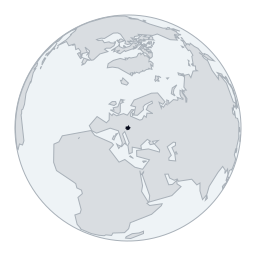 Oberösterreich on an orthographic globe, rotated 29°
{"feature_id": "AUT-2326", "entity_name": "Oberösterreich", "entity_type": "State", "adm_level": 1, "iso_a3": "AUT", "parent_name": "Austria", "parent_adm1": "", "projection": "orthographic", "projection_center": [13.938, 48.12], "detail": "fine", "context": "on_globe", "style": "filled", "palette": "ink", "viewbox_px": 256, "rotation_deg": 29, "n_neighbors": 0, "source": "natural_earth", "source_scale": "10m", "svg_char_len": 10631}
<svg xmlns="http://www.w3.org/2000/svg" viewBox="0 0 256 256"><g transform="rotate(29 128 128)"><circle cx="128" cy="128" r="113" fill="#eef3f6" stroke="#a8b0b8"/><path d="M42.8,54.3L53.3,43.8L47.6,49.1L51.0,45.8L57.0,40.7L61.9,36.9L70.9,31.6L78.4,30.0L75.2,31.5L77.4,31.2L81.4,29.4L83.6,28.3L96.5,26.6L110.2,23.7L113.7,21.8L113.6,23.2L119.6,19.2L126.5,18.1L119.2,20.0L118.9,20.8L123.8,20.3L124.5,21.0L127.3,21.3L127.7,22.3L123.4,23.6L123.6,24.4L127.1,24.0L129.7,25.0L124.5,25.4L128.5,27.2L122.1,30.3L108.0,31.6L104.9,35.0L91.6,41.1L93.3,41.7L89.3,44.8L89.8,46.7L87.2,47.5L89.8,48.4L92.0,47.3L94.0,47.4L94.4,48.5L91.2,49.7L90.5,49.3L89.8,50.2L88.0,50.4L89.2,50.9L85.2,52.3L89.8,52.7L87.2,55.2L84.4,55.7L83.8,53.4L76.0,49.6L72.9,49.8L69.2,52.1L64.0,61.1L61.0,62.4L57.6,65.9L59.6,66.0L63.0,63.5L65.9,64.9L69.7,61.8L71.4,62.0L75.7,60.0L75.9,62.8L73.8,66.8L70.3,68.7L69.3,70.5L73.4,70.9L67.5,76.9L64.8,85.1L63.2,86.5L58.8,85.0L57.0,79.2L51.2,78.1L55.8,81.5L51.7,85.3L51.4,87.2L52.1,88.7L54.0,88.3L52.8,90.3L47.8,87.5L48.8,85.6L50.4,86.5L49.5,83.9L46.1,82.4L44.3,84.7L41.1,80.8L39.7,82.4L38.3,82.7L40.6,80.2L36.4,84.7L32.3,82.2L26.4,90.3L31.3,80.8L32.4,77.0L33.3,73.3L32.3,74.5L34.8,68.5L34.8,66.4L31.3,70.5L27.7,76.8L25.2,82.7L26.1,81.8L25.2,85.5L22.4,89.5L20.2,97.8L18.5,102.4L17.4,107.4L17.1,110.4L16.6,115.6L17.5,115.2L18.3,118.0L17.1,122.4L18.5,120.9L18.3,125.5L20.7,134.2L20.2,134.5L22.0,147.2L26.0,157.5L26.9,162.6L26.2,163.6L28.0,167.0L28.1,168.3L37.1,181.1L43.2,189.7L44.0,194.0L40.8,194.6L42.5,200.8L39.1,197.2L34.4,190.6L30.1,183.7L26.4,176.6L23.2,169.2L20.5,161.6L18.3,153.8L16.8,145.8L15.8,137.8L15.4,129.8L15.5,121.7L15.6,121.4L16.6,114.1L16.9,111.3L16.6,111.6L18.6,101.3L20.6,94.5L24.8,82.8L28.5,75.2L32.7,67.9L37.5,60.9L42.8,54.3ZM24.7,92.4L22.4,104.5L22.1,100.1L22.5,100.4L23.4,96.7L24.6,91.3L24.7,87.9L24.7,92.4ZM27.3,92.1L27.6,90.3L27.5,91.7L27.3,92.1ZM84.4,27.8L81.5,29.3L77.5,30.7L79.9,29.4L84.4,27.8ZM92.0,25.7L90.8,26.5L88.5,26.4L89.9,26.0L92.0,25.7ZM116.0,20.4L113.5,20.9L115.7,20.2L116.0,20.4ZM127.6,21.1L128.1,20.8L129.4,21.1L127.6,21.1ZM75.3,58.6L75.5,59.3L74.6,59.3L75.3,58.6ZM77.0,57.2L75.8,56.7L76.4,56.0L77.1,56.3L77.0,57.2ZM131.1,23.0L132.9,23.7L130.3,23.2L131.1,23.0ZM78.3,58.0L77.6,54.7L78.8,53.4L82.4,53.6L78.3,58.0ZM133.5,24.2L138.0,26.1L139.5,25.4L137.7,28.6L134.5,25.8L131.1,25.3L133.3,25.0L133.5,24.2ZM92.6,46.5L90.2,47.7L91.7,45.7L92.6,46.5ZM93.1,45.3L95.2,39.4L99.0,38.4L97.5,40.5L102.1,38.5L102.9,40.8L100.6,42.4L98.0,42.6L100.3,43.4L93.1,45.3ZM136.1,30.2L136.5,30.9L135.2,30.4L136.1,30.2ZM94.8,47.3L94.9,46.2L98.2,45.1L98.7,47.3L97.4,46.9L94.8,47.3ZM102.9,36.9L105.4,36.6L106.8,38.4L107.9,38.5L103.3,40.8L102.9,36.9ZM96.9,47.7L98.8,48.4L97.7,50.0L95.0,48.4L96.9,47.7ZM98.9,44.0L100.5,43.7L99.7,44.5L98.9,44.0ZM94.7,56.1L94.8,54.6L96.5,53.9L94.7,56.1ZM99.6,48.6L99.9,48.1L100.6,47.7L101.6,48.5L99.6,48.6ZM104.5,41.9L104.6,42.8L106.5,41.1L107.6,42.5L104.3,43.8L106.2,43.8L106.5,44.2L103.5,44.8L104.5,41.9ZM104.6,48.1L100.7,50.4L100.3,53.3L98.8,54.0L99.7,49.2L104.6,48.1ZM104.2,46.1L104.1,47.5L102.2,47.5L101.1,46.6L104.2,46.1ZM109.6,43.0L108.7,40.5L109.5,40.3L109.6,43.0ZM104.8,48.9L105.7,48.3L105.0,49.1L104.8,48.9ZM108.5,44.7L108.1,43.9L109.0,43.7L108.5,44.7ZM107.9,48.0L106.7,48.7L105.9,48.1L107.9,48.0ZM108.5,46.5L109.8,46.5L106.4,47.4L108.2,46.1L108.5,46.5ZM109.4,44.7L109.8,44.3L109.5,45.1L109.4,44.7ZM111.6,50.1L107.5,51.5L105.8,50.0L110.0,48.9L111.6,50.1ZM79.6,194.1L71.0,178.0L74.3,173.6L74.3,166.7L96.9,148.1L102.5,150.6L121.1,148.9L123.5,149.8L122.1,155.8L136.7,162.2L140.5,157.1L153.0,159.0L160.8,157.0L162.2,145.4L149.4,148.5L146.4,143.5L156.0,136.4L167.1,133.8L166.3,131.8L158.7,129.1L160.5,124.3L155.9,127.8L158.3,129.4L155.5,131.8L153.1,130.4L153.9,128.7L150.4,128.6L147.7,137.1L149.8,139.7L141.0,142.7L143.6,147.4L141.5,150.1L136.2,143.1L136.2,140.3L126.9,132.7L126.1,135.9L134.8,143.4L132.4,143.0L131.4,147.8L130.2,143.8L120.9,135.1L112.5,136.8L103.0,147.7L97.8,147.9L93.0,144.7L95.4,133.0L106.6,133.9L107.6,130.1L104.4,124.0L108.0,124.9L108.1,122.7L112.2,122.8L117.1,117.6L121.2,117.1L122.2,110.2L124.5,109.1L123.2,113.5L124.5,116.4L134.5,115.4L136.2,113.7L136.1,109.4L138.8,109.8L137.4,105.8L142.7,103.3L135.1,103.1L134.7,98.4L137.4,94.4L135.9,92.9L131.5,99.5L131.0,102.2L132.7,104.5L130.1,112.3L126.9,113.8L124.4,105.8L119.6,107.1L119.8,100.6L131.6,86.2L136.9,83.0L147.7,87.2L147.0,90.4L142.7,90.4L147.5,94.5L146.7,92.2L149.0,92.6L149.2,88.6L150.9,88.7L148.3,84.7L150.3,84.4L151.9,87.0L154.0,81.1L158.0,79.7L157.7,78.3L156.2,77.3L162.2,76.4L161.7,75.4L159.6,75.3L157.2,73.4L155.2,69.8L157.4,69.6L158.4,70.9L163.8,73.6L166.1,77.3L166.8,76.9L165.3,73.7L158.8,70.4L157.0,68.3L160.3,69.4L158.9,68.8L158.7,67.7L160.6,66.6L157.1,65.2L152.0,54.4L155.1,51.5L158.6,53.5L157.3,46.6L160.9,44.3L158.9,44.2L157.0,41.1L155.8,41.7L154.7,41.4L149.1,34.4L149.5,32.9L144.9,30.2L143.8,30.2L143.3,31.1L137.7,28.6L139.5,25.4L141.7,25.6L141.3,23.7L146.5,24.5L150.6,24.4L156.6,26.7L159.3,26.6L158.8,25.9L162.2,25.5L170.8,27.5L166.0,28.9L153.5,27.6L158.8,28.3L158.3,29.1L160.6,30.0L164.3,30.5L164.3,30.0L173.5,36.8L183.6,41.5L181.3,38.2L182.8,37.3L192.3,41.0L207.4,54.1L209.4,54.0L211.4,55.6L213.8,59.0L211.0,56.7L210.9,58.2L208.9,56.5L211.8,61.6L209.1,59.5L212.7,64.6L214.4,65.1L212.8,61.2L217.1,66.9L219.2,66.5L222.5,69.9L229.6,82.9L232.1,91.3L232.9,93.0L232.3,94.0L234.0,99.9L237.1,102.9L237.8,105.3L239.3,115.0L238.9,113.4L237.3,116.0L238.8,122.7L240.1,122.2L240.6,125.9L240.4,128.1L239.7,125.1L239.1,125.9L238.0,120.5L235.0,115.6L234.7,120.9L233.5,117.8L229.4,115.7L228.2,123.2L227.3,139.7L229.2,148.1L227.9,154.5L221.4,148.1L217.6,141.2L215.8,144.4L208.6,141.9L197.8,150.2L195.8,148.7L193.8,151.3L188.7,151.6L185.5,148.8L182.6,150.6L191.1,157.9L194.2,155.8L196.1,150.0L197.9,153.1L202.8,153.5L199.1,165.9L182.2,182.7L179.8,176.7L163.1,161.9L163.2,159.4L163.1,159.1L162.9,158.7L162.1,162.9L159.0,159.6L168.7,171.4L170.6,176.9L182.0,183.2L181.1,184.7L184.5,185.3L194.6,177.7L194.8,179.8L190.5,192.0L175.9,209.7L177.4,215.8L175.7,221.2L165.7,227.2L165.7,229.9L160.4,232.2L159.5,233.7L154.8,235.8L147.2,238.1L135.2,239.4L135.2,238.7L130.2,236.9L123.7,229.8L127.4,225.7L126.6,222.1L117.9,213.0L119.9,207.5L117.4,204.9L112.3,205.2L109.3,202.0L106.2,201.6L86.1,199.9L79.6,194.1ZM90.1,159.5L89.7,161.7L90.1,159.5ZM179.5,136.4L185.7,133.7L181.6,128.1L183.6,126.7L181.5,125.4L181.2,127.7L175.9,123.8L178.0,120.4L176.6,117.6L174.5,118.4L171.4,125.4L179.1,130.9L178.2,134.4L179.5,136.4ZM20.8,134.4L21.0,136.3L20.4,135.0L20.8,134.4ZM21.2,101.2L21.1,103.1L20.8,104.7L20.7,103.5L21.2,101.2ZM22.5,116.5L22.8,119.0L22.1,117.1L22.5,116.5ZM22.2,106.3L22.2,114.7L21.0,111.8L21.1,106.6L21.5,109.1L22.2,106.3ZM25.6,93.6L25.4,95.0L24.9,95.5L25.6,93.6ZM27.3,93.1L27.2,92.7L27.7,91.6L27.3,93.1ZM52.0,85.5L52.3,85.8L52.7,87.5L51.8,87.2L52.0,85.5ZM59.0,92.7L56.8,95.8L57.7,93.3L56.0,93.3L55.6,88.3L62.4,87.0L59.4,88.4L59.0,92.7ZM57.1,81.5L56.5,84.7L56.9,81.3L57.1,81.5ZM104.4,110.9L106.1,112.6L104.9,115.1L99.8,116.3L101.4,112.5L104.4,110.9ZM108.8,114.4L107.8,106.4L110.9,105.5L109.3,107.3L111.5,107.6L109.5,110.5L113.5,117.8L112.8,120.5L103.7,120.8L107.1,119.1L105.2,117.5L108.8,114.4ZM99.6,89.6L99.2,86.7L106.6,88.5L106.1,91.1L100.9,92.2L98.4,90.0L99.6,89.6ZM84.8,59.0L84.2,58.2L85.1,57.8L86.3,58.2L84.8,59.0ZM94.6,55.4L88.5,62.4L87.4,61.8L85.1,66.9L81.5,67.3L83.1,63.9L78.5,68.2L78.6,65.3L75.8,68.4L79.8,60.8L79.7,58.5L81.2,60.9L84.6,60.6L86.0,59.7L89.8,55.8L91.1,51.0L94.7,50.1L96.8,50.8L97.0,51.8L94.7,52.0L96.7,53.3L93.4,54.3L94.6,55.4ZM119.9,62.1L117.0,61.4L120.5,65.1L117.3,65.8L117.9,66.2L115.8,67.9L114.4,70.7L112.8,70.6L113.0,71.8L111.6,73.0L111.3,74.6L108.3,75.1L107.6,77.1L106.6,76.2L106.2,79.6L105.2,77.3L103.4,78.9L105.3,80.3L90.3,80.2L84.8,82.3L80.7,85.4L79.5,81.4L82.4,76.0L87.5,70.9L93.0,69.6L91.5,68.2L93.6,67.2L93.9,68.7L94.7,65.8L96.6,65.4L101.1,61.5L101.1,57.7L102.8,56.3L103.7,57.6L104.7,55.3L107.6,56.9L108.9,55.9L113.0,56.7L114.1,60.0L115.4,58.7L118.6,59.4L119.9,62.1ZM112.7,50.4L114.7,53.9L114.0,56.1L107.1,53.9L105.6,54.5L101.2,53.4L102.4,50.3L103.5,50.9L104.9,50.8L104.0,51.8L105.8,50.9L107.4,51.7L109.3,51.2L109.4,52.4L112.7,50.4ZM125.9,147.5L127.7,147.7L130.4,147.3L129.8,150.4L125.9,147.5ZM119.4,141.7L121.0,141.3L121.5,145.3L119.6,145.2L119.4,141.7ZM121.5,137.8L121.1,141.0L120.2,139.2L121.5,137.8ZM124.6,112.9L126.3,112.3L126.6,113.3L125.9,114.9L124.6,112.9ZM129.4,73.9L127.9,72.9L128.3,72.3L126.8,69.1L129.0,68.4L130.9,70.1L129.4,73.9ZM160.3,147.9L158.3,150.6L157.0,149.9L157.9,149.1L160.3,147.9ZM143.5,151.2L147.5,152.0L143.3,152.1L143.5,151.2ZM131.6,72.6L130.7,71.3L132.4,71.8L131.6,72.6ZM130.6,67.8L132.5,68.0L129.1,68.0L130.6,67.8ZM192.7,212.8L183.9,223.4L179.2,225.5L179.1,224.0L182.9,218.4L188.6,214.4L191.6,210.7L192.7,212.8ZM240.4,135.3L238.9,133.4L239.5,130.5L240.6,128.0L240.6,128.7L240.4,135.3ZM229.6,148.5L231.5,151.1L230.7,153.6L229.6,148.5ZM234.0,95.1L234.5,97.6L233.9,96.6L233.0,92.8L234.0,95.1ZM225.1,73.0L227.2,76.0L228.0,77.4L227.2,76.5L225.1,73.0ZM149.8,66.6L149.4,71.8L150.6,75.4L153.6,77.1L149.2,77.0L147.3,71.5L149.8,66.6ZM151.5,55.8L148.8,54.6L150.0,53.8L150.8,54.0L151.5,55.8ZM149.8,56.0L146.4,57.0L145.0,55.5L147.9,55.0L149.8,56.0ZM139.1,64.5L138.8,66.1L137.5,65.6L139.1,64.5ZM232.5,85.9L230.3,81.2L229.4,79.2L231.7,83.9L232.5,85.9ZM210.8,53.1L209.6,52.2L208.2,50.4L209.4,51.5L210.8,53.1ZM202.2,44.1L207.4,49.6L211.3,54.4L211.2,53.8L214.2,56.9L213.0,56.6L208.5,51.6L206.0,48.4L203.3,46.3L200.1,43.2L197.3,41.7L195.1,40.0L196.9,40.5L202.2,44.1ZM196.2,41.2L190.1,38.1L188.4,35.8L189.3,35.9L192.8,38.3L193.5,39.3L196.2,41.2ZM188.2,36.8L188.8,37.9L181.2,37.0L179.2,36.3L184.0,35.4L184.9,36.4L187.0,37.1L188.2,36.8ZM137.6,30.6L136.6,30.9L136.9,30.2L137.6,30.6ZM154.1,41.9L152.6,41.4L153.0,40.5L154.1,41.9ZM148.8,39.6L149.4,40.9L147.8,39.6L148.8,39.6ZM150.8,43.8L149.1,41.4L152.0,43.6L150.8,43.8Z" fill="#d9dde1" stroke="#a8b0b8" stroke-width="1"/><path d="M129.0,127.1L129.3,127.2L129.2,127.2L129.2,127.3L129.3,127.4L129.3,127.5L129.3,127.8L129.3,127.7L129.2,127.8L128.9,127.9L128.7,127.8L128.7,128.0L128.9,128.3L129.0,128.4L129.1,128.5L128.9,128.8L128.7,128.8L128.5,129.0L128.4,129.0L128.3,128.9L128.2,129.0L128.2,128.9L127.9,128.8L127.7,128.9L127.7,129.0L127.7,129.3L127.5,129.2L127.4,129.1L127.4,128.9L127.5,128.8L127.4,128.8L127.4,128.7L127.2,128.6L127.1,128.4L127.2,128.2L127.1,128.3L126.9,128.3L126.9,128.2L126.7,128.2L126.6,128.3L126.6,128.2L126.4,128.1L126.5,128.0L126.5,127.9L126.8,127.7L127.0,127.7L127.3,127.5L127.3,127.4L127.4,127.2L127.5,127.1L127.8,127.1L127.8,126.9L127.8,126.7L127.9,126.8L128.0,126.8L128.1,127.0L128.1,126.9L128.1,127.0L128.4,127.1L128.5,127.1L128.8,127.0L129.0,127.1Z" fill="#0f172a" stroke="#020617" stroke-width="1.5"/></g></svg>